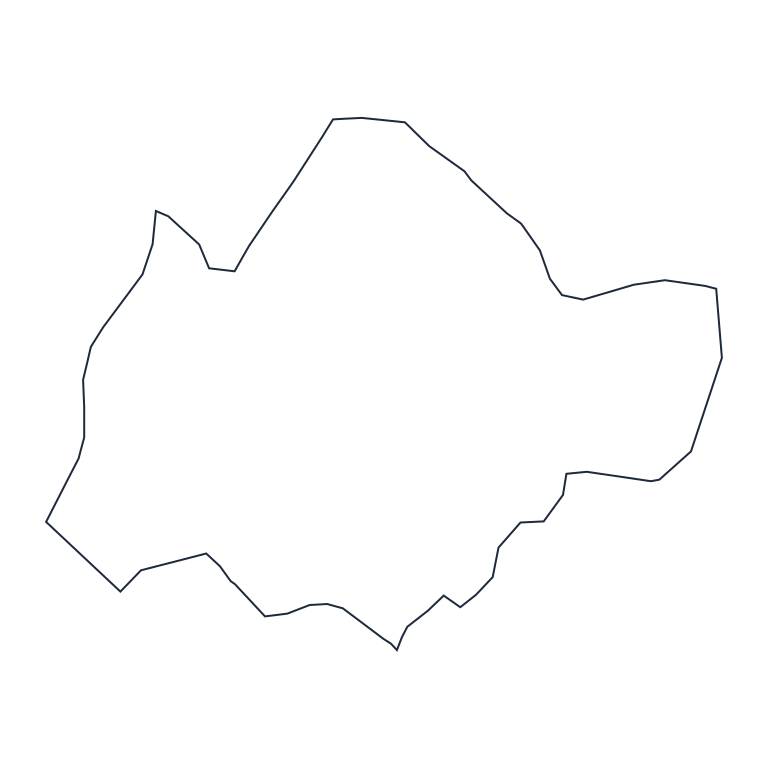 outline of Moba, Ekiti, Nigeria
{"feature_id": "59680162B58812788921078", "entity_name": "Moba", "entity_type": "district", "adm_level": 2, "iso_a3": "NGA", "parent_name": "Nigeria", "parent_adm1": "Ekiti", "projection": "equal_earth", "projection_center": [5.122, 7.996], "detail": "fine", "context": "isolated", "style": "outline", "palette": "slate", "viewbox_px": 768, "rotation_deg": 0, "n_neighbors": 0, "source": "geoboundaries", "source_scale": "gbopen_adm2", "svg_char_len": 1110}
<svg xmlns="http://www.w3.org/2000/svg" viewBox="0 0 768 768"><path d="M46.1,521.9L120.4,591.6L141.0,570.3L206.2,553.5L220.0,566.3L230.7,581.2L235.0,584.2L265.0,616.4L281.2,614.4L287.4,613.6L309.7,605.0L327.0,604.0L342.8,608.3L383.5,638.9L390.9,643.6L396.9,650.1L401.8,637.5L402.5,636.0L407.4,626.7L427.9,610.7L443.7,595.6L460.3,607.2L476.1,594.7L492.7,577.1L498.5,547.6L520.5,522.5L543.7,521.4L563.0,494.9L566.4,473.8L586.8,471.8L650.9,481.2L659.3,479.7L691.0,451.4L721.9,357.8L716.2,288.8L705.1,285.9L664.9,280.2L633.9,284.7L583.1,299.6L562.0,295.1L549.9,278.7L539.9,250.4L526.6,231.4L521.1,223.6L506.7,213.2L471.3,180.4L464.5,171.3L448.1,159.6L429.3,146.2L415.2,132.4L412.6,129.8L404.9,122.3L361.8,117.9L343.3,118.8L333.0,119.4L322.0,137.2L294.3,180.2L293.2,181.9L272.2,211.7L249.0,246.0L242.8,256.8L234.6,271.3L219.4,269.5L209.1,268.3L199.2,244.5L168.2,216.2L167.2,215.8L155.9,211.0L152.6,244.2L142.5,274.4L103.2,327.2L98.6,334.5L90.9,346.8L90.1,350.1L87.2,362.7L83.3,378.9L83.1,380.0L84.2,407.2L84.2,437.4L79.9,453.5L78.6,458.5L67.0,481.0L46.1,521.9Z" fill="none" stroke="#1e293b" stroke-width="2"/></svg>